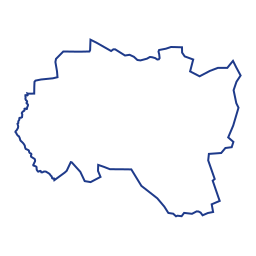 the district of Talin, Aragatsotn, Armenia
{"feature_id": "60910142B13156315773752", "entity_name": "Talin", "entity_type": "district", "adm_level": 2, "iso_a3": "ARM", "parent_name": "Armenia", "parent_adm1": "Aragatsotn", "projection": "natural_earth1", "projection_center": [43.741, 40.354], "detail": "fine", "context": "isolated", "style": "outline", "palette": "blue", "viewbox_px": 256, "rotation_deg": 0, "n_neighbors": 0, "source": "geoboundaries", "source_scale": "gbopen_adm2", "svg_char_len": 2907}
<svg xmlns="http://www.w3.org/2000/svg" viewBox="0 0 256 256"><path d="M233.0,60.9L230.0,64.5L227.3,67.9L217.8,67.9L209.9,70.9L199.6,76.3L190.1,71.4L193.2,59.5L184.7,56.4L182.1,52.6L182.0,47.7L182.0,47.3L175.6,47.1L171.0,47.0L165.9,48.7L159.1,50.0L158.5,51.6L159.2,54.4L159.6,58.1L158.8,59.3L157.3,59.5L155.2,58.1L152.0,57.2L149.9,57.0L146.9,58.7L140.5,60.4L137.4,60.0L133.9,56.8L129.6,54.8L125.0,55.5L115.1,49.3L113.4,49.3L111.1,51.0L96.5,42.7L90.5,39.7L90.1,50.1L89.4,51.5L79.2,51.7L63.3,51.5L56.0,58.9L55.4,62.0L57.0,71.3L57.5,77.2L52.9,78.3L41.0,79.5L35.5,80.6L34.5,81.8L34.3,86.9L34.2,93.6L28.3,93.7L27.4,93.4L27.6,94.2L27.7,95.1L27.4,95.4L26.7,95.3L26.0,95.1L25.4,95.2L25.4,95.7L25.4,96.3L25.6,97.5L25.5,98.0L25.4,98.9L25.7,99.5L25.9,100.1L26.4,100.5L26.7,100.7L27.1,101.4L27.1,102.0L26.9,102.2L26.8,102.4L26.5,103.0L26.7,103.4L27.1,103.7L27.4,104.0L27.5,104.1L27.9,104.5L28.0,105.1L27.7,106.2L27.3,107.0L27.1,107.6L27.0,108.2L26.9,108.9L26.4,109.0L26.2,108.8L25.8,108.6L24.9,108.6L24.5,108.8L24.5,109.9L24.5,110.1L24.5,110.3L24.2,110.8L23.6,111.0L23.1,111.4L22.6,111.9L22.1,112.4L21.8,113.1L21.9,113.6L22.1,113.9L22.3,114.5L22.2,115.0L22.2,115.6L22.1,116.5L22.0,117.2L21.5,117.5L21.4,117.6L20.6,117.7L19.5,117.9L19.3,118.4L19.4,119.0L19.2,119.9L18.7,120.6L18.3,121.4L18.3,122.4L18.3,123.0L17.5,123.7L17.6,124.3L17.8,124.8L18.0,125.4L18.2,126.3L18.1,127.1L17.9,128.1L17.2,129.3L16.6,130.3L15.7,131.2L15.4,131.9L15.5,132.2L16.0,132.8L16.5,133.4L16.7,134.1L17.0,134.6L17.5,135.2L18.0,135.8L18.9,136.3L19.7,138.0L19.9,138.8L20.4,140.4L21.2,141.3L21.6,141.6L22.1,142.1L23.0,143.0L23.8,144.0L24.3,144.8L24.8,145.7L25.0,147.1L25.3,148.0L25.7,148.9L26.3,149.2L27.5,149.7L28.5,150.2L28.9,150.7L29.1,151.8L29.5,152.7L29.8,153.0L31.2,153.7L31.4,154.5L30.9,155.8L31.1,156.7L32.6,157.7L34.1,158.6L34.8,159.2L35.1,160.5L35.0,161.4L34.2,162.9L33.7,164.1L33.2,165.0L33.4,165.5L33.9,165.7L34.9,166.0L36.0,166.5L36.5,167.0L36.6,167.8L36.6,169.0L36.8,169.9L37.4,170.8L38.1,171.6L38.6,171.6L39.3,171.2L40.2,170.9L40.7,171.1L41.0,171.7L41.3,172.3L42.1,172.4L42.7,172.2L43.8,171.6L45.0,171.5L46.1,171.7L47.2,172.4L48.7,173.3L49.7,174.1L50.2,174.8L50.8,175.7L51.5,176.2L51.9,177.1L52.1,178.1L52.5,178.5L54.0,178.4L54.5,178.8L54.5,179.2L54.2,179.8L54.3,180.2L64.7,172.6L66.7,170.8L70.8,162.1L71.7,162.3L80.3,171.8L84.7,181.1L90.6,182.1L100.5,176.9L98.0,170.9L98.2,164.9L104.0,166.9L109.9,169.2L123.8,169.3L131.3,169.4L141.4,185.9L157.3,198.3L164.3,206.6L168.3,212.9L168.6,213.0L173.2,213.7L176.0,216.3L177.5,215.7L181.6,216.2L184.1,212.9L192.0,213.8L196.6,211.4L198.5,211.5L200.6,212.6L202.6,215.3L207.9,213.0L209.5,212.7L213.1,212.0L211.7,204.3L219.7,200.9L218.4,197.3L212.7,180.7L214.7,179.0L208.2,160.4L208.9,153.9L221.2,153.0L225.4,148.0L231.7,147.2L233.4,141.9L228.2,137.4L233.2,125.6L238.5,107.7L236.3,103.2L233.6,90.2L236.5,81.7L240.6,75.5L236.3,67.5L233.0,60.9Z" fill="none" stroke="#1e3a8a" stroke-width="2"/></svg>